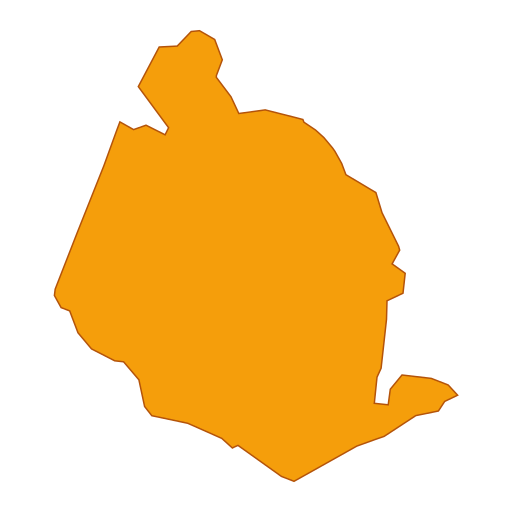 the district of Lexington, South Carolina, United States of America
{"feature_id": "52423323B37398835360821", "entity_name": "Lexington", "entity_type": "district", "adm_level": 2, "iso_a3": "USA", "parent_name": "United States of America", "parent_adm1": "South Carolina", "projection": "equal_earth", "projection_center": [-81.237, 33.925], "detail": "fine", "context": "isolated", "style": "filled", "palette": "amber", "viewbox_px": 512, "rotation_deg": 0, "n_neighbors": 0, "source": "geoboundaries", "source_scale": "gbopen_adm2", "svg_char_len": 990}
<svg xmlns="http://www.w3.org/2000/svg" viewBox="0 0 512 512"><path d="M54.4,295.5L61.1,307.6L69.7,310.9L78.0,332.8L91.5,348.9L114.7,360.8L123.6,361.8L138.9,379.8L144.6,406.5L151.8,415.7L187.8,423.3L221.8,438.4L232.4,448.0L234.3,447.0L238.0,445.4L281.4,476.4L294.0,481.3L356.8,446.1L375.4,439.4L384.1,436.4L415.8,415.6L438.4,411.0L444.7,401.4L457.6,395.2L448.2,385.0L431.3,378.4L402.0,375.0L390.3,389.2L388.2,404.8L374.3,403.3L377.0,377.2L381.1,368.2L386.5,319.4L387.0,300.8L403.0,293.2L405.2,273.3L392.1,263.9L399.7,250.1L399.6,249.9L398.6,246.3L382.0,212.7L375.9,192.6L345.9,174.7L341.7,163.5L334.9,151.3L332.5,147.9L323.8,137.5L315.5,130.0L303.9,122.2L302.9,119.5L294.5,117.3L265.2,109.9L238.8,113.5L231.0,96.8L216.3,77.3L216.4,75.5L222.3,59.8L214.7,39.5L199.5,30.7L191.2,31.5L177.2,46.1L159.2,47.0L138.3,86.6L168.6,127.7L165.1,134.8L146.0,125.2L133.6,129.6L119.9,121.9L116.6,130.7L103.9,165.7L77.3,232.5L55.2,289.1L54.4,295.5Z" fill="#f59e0b" stroke="#b45309" stroke-width="1.5"/></svg>